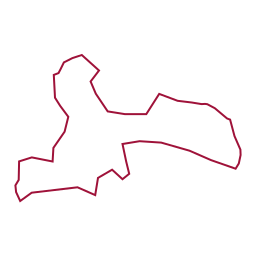 map outline of Kekavas (Albers equal-area conic projection)
{"feature_id": "LVA-5767", "entity_name": "Kekavas", "entity_type": "Municipality", "adm_level": 1, "iso_a3": "LVA", "parent_name": "Latvia", "parent_adm1": "", "projection": "albers", "projection_center": [24.247, 56.806], "detail": "fine", "context": "isolated", "style": "outline", "palette": "rose", "viewbox_px": 256, "rotation_deg": 0, "n_neighbors": 0, "source": "natural_earth", "source_scale": "10m", "svg_char_len": 713}
<svg xmlns="http://www.w3.org/2000/svg" viewBox="0 0 256 256"><path d="M81.8,55.0L99.0,70.5L90.6,81.5L95.8,93.7L107.7,111.4L124.7,114.1L146.3,114.1L159.2,93.9L177.6,100.8L191.7,102.5L201.6,104.1L205.0,103.9L207.3,104.2L214.8,108.2L227.1,118.5L230.1,119.6L234.5,136.1L240.4,149.6L240.6,155.0L238.8,163.5L235.6,168.7L211.0,160.1L189.5,150.7L161.2,142.6L139.6,141.2L122.5,144.0L126.2,161.6L129.2,173.8L122.5,179.2L112.1,169.7L98.0,177.9L95.2,195.1L77.5,187.3L31.7,192.7L20.2,201.0L16.1,192.1L15.4,185.4L18.7,179.9L19.1,161.4L31.8,157.4L52.6,161.5L53.4,147.9L64.6,131.7L68.3,116.8L60.2,105.9L55.0,97.7L53.8,74.9L58.5,73.1L60.5,69.3L63.9,62.4L72.4,58.1L81.8,55.0Z" fill="none" stroke="#9f1239" stroke-width="2"/></svg>